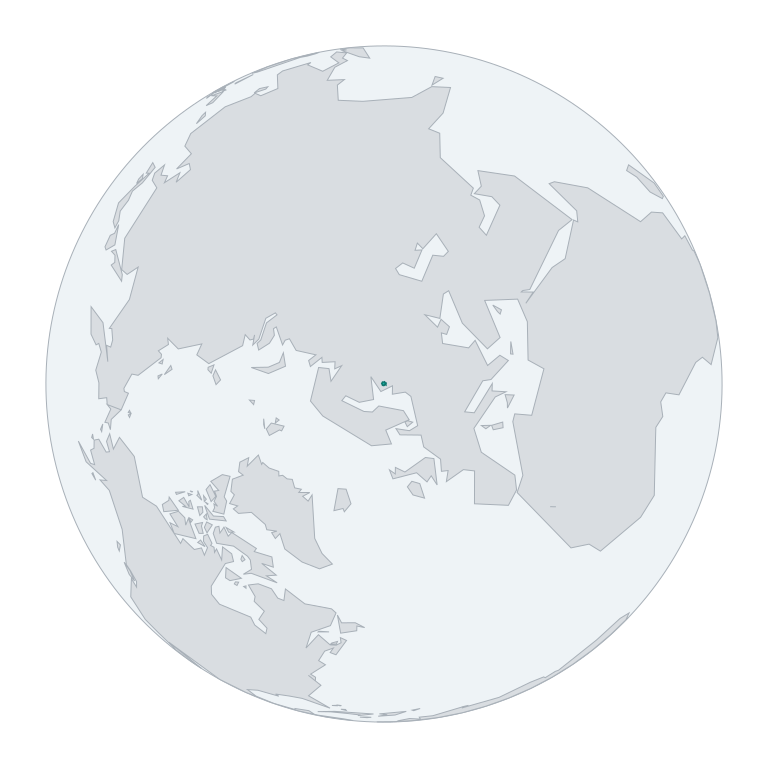 Viljandi on an orthographic globe, rotated 253°
{"feature_id": "EST-2350", "entity_name": "Viljandi", "entity_type": "County", "adm_level": 1, "iso_a3": "EST", "parent_name": "Estonia", "parent_adm1": "", "projection": "orthographic", "projection_center": [25.42, 58.32], "detail": "fine", "context": "on_globe", "style": "filled", "palette": "teal", "viewbox_px": 768, "rotation_deg": 253, "n_neighbors": 0, "source": "natural_earth", "source_scale": "10m", "svg_char_len": 11972}
<svg xmlns="http://www.w3.org/2000/svg" viewBox="0 0 768 768"><g transform="rotate(253 384 384)"><circle cx="384" cy="384" r="338" fill="#eef3f6" stroke="#a8b0b8"/><path d="M149.0,141.1L150.5,139.8L200.1,102.7L165.4,126.3L171.5,121.3L177.1,116.9L193.6,105.1L191.6,106.9L212.4,95.4L228.6,86.9L254.5,79.6L271.7,85.5L262.1,88.0L267.4,89.6L279.8,86.9L286.6,84.8L321.5,91.1L362.6,90.2L375.3,84.4L372.8,90.5L396.7,76.4L418.8,75.0L393.9,80.2L391.5,83.7L406.6,84.1L407.3,87.9L415.1,90.4L414.6,95.1L400.1,98.4L399.5,101.7L410.3,101.9L416.6,107.1L400.9,106.2L410.3,115.4L387.8,124.0L346.3,120.0L333.7,130.7L291.0,142.9L294.9,146.5L281.2,154.2L280.6,161.5L272.8,162.2L279.1,167.4L286.3,165.4L291.4,167.1L291.8,171.4L281.9,172.9L280.3,171.0L277.6,173.7L272.5,172.7L275.2,175.6L263.2,177.3L275.4,182.0L266.2,188.7L258.2,188.2L258.7,179.8L241.2,159.7L233.2,157.6L221.5,162.3L200.0,188.4L191.3,189.9L179.8,198.0L184.7,200.7L195.5,195.5L201.7,203.1L214.1,196.3L218.5,198.6L231.4,195.6L229.7,205.3L221.1,216.5L210.3,219.8L206.2,225.0L216.8,229.8L196.9,244.0L184.3,268.1L179.1,271.2L168.6,262.1L167.9,241.8L154.3,232.2L163.4,248.0L150.3,256.2L148.2,261.8L149.1,267.3L154.2,268.1L149.7,273.2L139.1,258.9L142.9,254.0L146.3,258.4L145.9,249.2L138.6,240.6L132.6,245.9L128.0,229.0L123.6,232.8L120.2,231.6L127.5,226.5L114.3,235.6L107.9,220.7L89.8,237.6L107.3,213.8L113.4,202.0L119.2,189.7L116.2,192.1L128.0,173.9L131.7,164.1L122.9,170.4L110.8,185.2L98.7,203.8L99.7,204.0L93.6,216.6L87.9,221.4L75.5,247.7L71.2,256.1L82.9,230.7L96.6,206.3L112.2,183.2L129.8,161.4L149.0,141.1ZM63.0,278.3L62.2,281.0L57.5,297.0L57.8,299.3L56.6,310.7L52.9,320.8L55.1,320.3L52.5,333.7L52.3,364.3L51.4,364.2L50.7,402.5L56.0,436.8L57.2,451.1L56.0,452.3L59.1,463.8L59.2,467.1L77.1,512.5L90.8,541.2L93.4,551.4L87.9,546.5L89.1,549.0L78.1,527.5L68.6,505.3L60.7,482.4L54.5,459.1L50.0,435.3L47.2,411.3L46.1,387.2L46.7,363.0L49.1,339.0L53.2,315.2L58.9,291.7L59.0,291.4L59.8,288.7L63.0,278.3ZM85.3,241.3L71.5,277.5L74.5,262.1L74.8,263.7L79.3,253.4L86.1,237.1L90.1,224.8L85.3,241.3ZM89.8,245.7L91.8,240.2L90.5,245.0L89.8,245.7ZM289.6,83.4L279.9,86.5L268.5,87.9L276.4,84.7L289.6,83.4ZM311.5,82.7L307.2,84.9L301.7,82.0L305.9,81.6L311.5,82.7ZM384.3,79.7L376.3,80.2L383.8,78.5L384.3,79.7ZM416.2,90.0L418.3,88.8L421.4,90.7L416.2,90.0ZM231.4,190.6L231.3,193.0L229.0,192.3L231.4,190.6ZM237.0,187.1L234.3,184.5L236.6,182.4L238.2,184.1L237.0,187.1ZM423.6,99.7L428.0,103.4L421.0,100.1L423.6,99.7ZM239.9,190.8L241.0,179.2L245.0,175.8L254.6,179.3L239.9,190.8ZM429.0,105.9L439.9,115.4L445.3,113.3L436.1,125.1L429.9,112.8L420.3,109.0L427.3,108.9L429.0,105.9ZM288.4,163.0L280.8,165.3L286.9,159.5L288.4,163.0ZM291.1,158.9L302.4,139.7L313.9,138.8L307.8,145.2L322.4,141.3L322.4,150.2L314.4,154.4L307.0,153.1L312.6,157.6L291.1,158.9ZM429.2,130.4L429.7,133.4L426.4,130.9L429.2,130.4ZM294.0,167.4L295.2,163.5L305.3,162.3L304.6,170.0L301.5,167.9L294.0,167.4ZM326.3,136.1L333.6,136.8L335.6,144.2L338.7,145.5L323.4,150.4L326.3,136.1ZM299.4,170.3L303.9,174.1L299.5,178.6L293.4,171.2L299.4,170.3ZM308.2,158.8L312.9,158.7L310.0,161.3L308.2,158.8ZM286.3,197.3L287.6,192.2L292.9,191.1L286.3,197.3ZM305.9,175.2L307.4,173.7L309.7,172.7L311.7,176.1L305.9,175.2ZM325.9,155.4L325.2,158.4L332.3,153.7L334.1,159.3L323.5,161.7L328.8,163.0L329.4,164.8L320.2,164.8L325.9,155.4ZM320.4,177.0L307.6,182.3L304.1,191.8L299.2,193.0L305.8,177.6L320.4,177.0ZM321.1,169.7L319.6,174.4L314.3,173.3L312.1,169.4L321.1,169.7ZM339.1,162.4L339.1,153.2L341.4,153.0L339.1,162.4ZM320.4,179.9L323.5,178.5L320.8,180.7L320.4,179.9ZM334.5,167.9L334.2,164.6L336.9,164.5L334.5,167.9ZM330.0,178.8L325.8,180.4L324.2,177.8L330.0,178.8ZM332.9,174.0L336.6,174.7L326.1,175.8L332.3,172.5L332.9,174.0ZM337.1,168.4L338.5,167.2L336.8,169.8L337.1,168.4ZM338.6,188.2L325.7,190.3L322.1,184.3L335.1,183.0L338.6,188.2ZM347.2,719.9L330.7,716.8L306.9,702.5L316.5,696.3L313.5,688.4L287.4,662.9L293.1,651.0L286.0,643.4L271.4,641.1L263.1,631.3L254.2,628.3L198.5,609.9L181.5,590.4L160.9,542.1L170.9,533.3L172.6,514.9L241.3,479.6L256.1,490.1L310.4,496.2L317.2,500.3L310.9,516.1L351.8,541.4L364.8,528.8L401.7,539.3L426.1,536.6L434.5,504.7L394.5,508.6L387.4,493.2L419.3,476.7L454.3,473.1L452.7,467.1L430.4,456.6L438.3,443.3L422.7,451.8L429.2,457.5L419.6,463.3L413.1,458.4L416.1,453.8L405.6,451.9L393.8,475.5L399.1,483.9L371.4,488.5L377.6,503.2L370.1,509.8L357.0,487.6L358.2,479.4L333.8,453.0L330.1,461.9L352.8,487.7L345.8,485.3L340.9,498.4L339.1,486.6L315.3,457.0L290.3,457.1L258.6,482.5L243.9,479.8L231.6,467.5L243.0,435.5L274.4,445.2L278.9,434.9L272.4,415.1L282.5,420.0L283.7,413.4L295.6,416.1L312.2,403.6L324.3,404.5L330.7,384.4L337.8,382.4L331.9,394.7L334.3,404.0L364.3,406.1L370.0,402.0L371.8,389.0L379.8,391.6L377.7,378.8L394.9,373.6L372.2,369.5L373.7,355.0L383.9,344.0L380.4,338.8L363.6,356.8L360.6,364.7L364.5,372.6L352.8,394.8L342.5,397.6L339.4,372.2L324.5,373.6L328.6,354.0L371.3,316.1L389.2,308.7L418.9,326.3L414.8,335.9L402.1,334.1L413.9,348.9L412.9,341.3L419.6,343.7L422.7,331.2L427.6,332.4L422.2,318.7L428.5,318.8L431.8,327.4L441.8,309.8L454.9,306.8L454.8,302.3L451.0,298.4L470.1,297.7L469.2,294.5L462.6,293.4L456.5,286.4L453.1,274.1L459.9,274.5L462.1,279.0L476.8,289.5L481.4,301.9L483.8,300.9L481.4,290.2L463.5,277.4L459.6,269.9L468.8,274.6L465.1,272.3L465.3,268.7L471.8,265.7L462.0,260.0L454.7,222.4L466.6,213.5L475.6,221.5L477.7,197.5L491.0,190.5L484.8,189.4L481.7,177.9L477.5,179.9L474.3,178.5L464.2,151.4L467.2,145.8L455.9,134.0L452.7,133.5L449.9,136.9L436.1,125.1L445.3,113.3L452.0,114.8L453.3,106.9L468.4,111.7L481.5,112.4L497.2,123.0L506.2,123.1L505.6,120.1L517.4,118.4L543.6,126.5L524.8,133.2L486.1,126.4L502.1,130.0L499.2,133.4L505.4,137.4L516.6,139.9L517.5,137.6L539.2,165.2L567.7,183.1L563.9,170.4L570.1,166.6L599.2,178.7L638.0,224.1L646.6,221.9L652.7,226.4L657.7,238.2L648.9,231.8L646.4,237.9L640.7,232.9L645.7,250.6L637.7,244.2L645.6,261.6L651.8,262.2L650.3,248.5L660.5,267.1L669.7,263.1L680.0,272.4L695.5,313.1L697.6,340.9L699.7,345.7L695.7,350.4L697.6,368.9L710.8,372.4L713.0,378.6L712.8,408.1L711.5,404.3L701.0,416.8L704.3,434.7L712.4,428.7L715.4,435.8L711.5,445.1L707.8,439.6L704.0,443.6L701.3,429.6L691.0,418.5L686.7,435.1L683.5,426.8L668.7,423.2L660.5,446.4L649.9,494.4L654.4,516.6L648.1,534.3L625.8,519.7L615.0,501.3L607.5,510.6L584.0,504.0L545.2,526.7L539.2,522.2L532.0,529.3L515.4,529.3L506.1,520.8L496.3,525.4L521.1,547.1L531.6,541.9L539.6,526.0L544.7,534.9L560.6,536.2L544.7,569.7L486.2,611.9L479.8,595.8L431.7,551.0L432.8,544.2L432.6,543.5L431.9,542.2L428.3,553.6L419.7,543.2L446.2,578.8L450.9,593.9L485.4,613.2L482.4,616.7L493.3,618.9L527.3,600.5L527.6,606.1L512.0,636.2L464.2,676.8L470.2,690.0L466.2,700.5L435.7,711.1L437.8,715.0L421.9,718.1L420.5,719.4L407.4,721.1L403.8,721.3L375.5,721.8L347.2,719.9ZM218.1,507.0L216.3,512.5L218.1,507.0ZM492.0,484.3L512.4,478.0L502.0,460.7L509.0,457.1L502.8,452.8L501.1,459.5L485.9,446.8L494.3,437.3L491.1,428.8L484.1,430.6L471.2,450.2L492.9,468.3L488.7,478.3L492.0,484.3ZM52.4,365.2L52.0,370.8L51.7,365.9L52.4,365.2ZM72.5,263.5L70.7,269.8L69.0,274.4L69.9,270.2L72.5,263.5ZM63.9,315.6L63.1,323.7L62.9,316.9L63.9,315.6ZM69.9,283.1L64.4,309.6L64.2,297.8L68.0,281.3L66.8,290.4L69.9,283.1ZM85.6,247.7L84.0,252.1L82.8,252.5L85.6,247.7ZM88.9,249.3L89.1,247.9L91.0,244.8L88.9,249.3ZM150.9,257.0L151.6,258.3L151.4,264.3L149.2,262.4L150.9,257.0ZM164.1,286.7L156.7,294.3L160.5,287.3L156.0,285.8L158.4,269.7L176.7,271.9L168.0,273.6L164.1,286.7ZM166.6,249.5L163.0,259.0L166.2,248.5L166.6,249.5ZM278.8,376.3L282.8,382.2L278.3,389.1L263.0,389.4L269.4,379.3L278.8,376.3ZM289.6,389.2L290.7,364.8L300.3,364.1L294.7,368.5L300.9,370.5L293.7,378.3L301.6,402.1L298.1,409.9L271.9,405.3L282.4,402.3L277.8,396.5L289.6,389.2ZM276.9,308.4L277.5,299.1L297.4,309.4L294.5,317.0L279.1,317.4L273.4,308.7L276.9,308.4ZM256.6,199.7L255.6,196.5L258.3,195.9L261.4,198.2L256.6,199.7ZM286.5,195.0L264.0,213.9L261.7,210.9L251.4,226.2L241.2,224.6L248.2,214.6L232.7,225.1L234.9,215.5L225.1,223.7L241.8,201.7L243.2,193.9L245.5,203.1L254.8,204.7L259.3,203.1L272.9,192.8L280.6,177.4L291.0,177.0L296.4,180.9L296.2,184.5L289.4,183.5L293.9,189.1L284.0,190.5L286.5,195.0ZM353.1,233.1L345.4,229.2L352.8,243.1L342.9,243.5L344.4,245.1L337.3,249.5L331.2,257.8L326.8,256.6L326.3,260.4L321.6,263.6L319.6,268.4L310.8,268.2L307.5,274.2L305.2,270.8L301.9,281.3L300.4,273.4L294.2,277.2L299.0,282.8L256.6,272.6L240.0,275.2L226.9,282.0L226.1,268.3L237.7,253.6L255.2,240.9L271.3,240.7L268.0,234.9L274.7,233.1L274.6,238.5L278.9,229.3L284.4,229.4L300.0,219.7L302.8,207.0L308.6,203.4L310.2,208.4L314.8,201.4L321.8,208.5L326.1,206.2L337.3,211.2L338.0,222.7L342.7,219.3L351.4,223.3L353.1,233.1ZM341.5,189.9L344.6,202.9L340.7,209.8L322.8,198.2L318.0,199.3L306.4,192.8L312.3,183.1L315.1,185.8L319.1,186.3L315.7,189.1L321.5,187.2L325.5,191.0L331.1,190.6L330.5,194.8L341.5,189.9ZM324.9,495.0L330.1,496.5L338.4,496.7L335.4,505.2L324.9,495.0ZM308.3,475.1L313.0,474.8L312.9,486.4L307.4,485.1L308.3,475.1ZM315.8,465.0L313.3,473.9L311.4,468.3L315.8,465.0ZM336.4,393.8L341.5,392.9L341.9,396.0L339.1,400.3L336.4,393.8ZM372.9,276.1L369.1,272.4L370.6,270.6L368.3,259.3L375.4,258.3L379.6,264.8L372.9,276.1ZM427.7,511.1L420.6,518.0L416.9,515.5L420.1,513.7L427.7,511.1ZM375.8,513.8L387.6,517.7L374.8,516.1L375.8,513.8ZM380.2,273.2L378.5,268.6L383.1,271.0L380.2,273.2ZM380.5,257.1L386.0,258.8L376.0,256.9L380.5,257.1ZM522.1,682.0L497.2,701.1L481.8,706.0L479.9,704.4L489.8,694.6L508.0,686.2L517.2,678.4L522.1,682.0ZM715.4,449.8L711.5,462.3L699.8,465.6L704.2,456.0L715.0,441.4L714.5,445.9L717.0,439.9L715.4,449.8ZM720.2,417.9L720.1,419.1L719.8,415.1L720.0,406.6L720.8,399.6L719.3,354.1L719.7,348.5L721.2,364.5L721.3,363.7L721.9,390.8L720.2,417.9ZM655.8,517.3L663.1,522.8L659.1,529.9L655.8,517.3ZM715.3,330.4L718.2,349.5L714.4,328.9L715.3,330.4ZM711.0,314.7L712.6,317.9L711.4,318.8L711.0,314.7ZM702.9,351.3L702.2,359.8L700.6,357.2L700.3,344.9L702.9,351.3ZM687.8,280.7L694.0,288.7L696.0,292.8L692.7,291.5L687.8,280.7ZM438.6,261.9L433.9,278.3L435.2,290.3L443.3,296.9L429.8,295.0L427.8,276.5L438.6,261.9ZM452.0,227.0L444.8,221.9L449.1,219.8L451.4,220.7L452.0,227.0ZM446.8,227.0L435.7,228.9L432.5,223.2L441.8,222.8L446.8,227.0ZM408.0,250.6L406.1,255.4L402.4,253.3L408.0,250.6ZM715.3,317.5L715.4,319.2L717.1,329.5L712.0,304.7L713.0,306.8L714.0,311.3L715.3,317.5ZM712.8,310.2L714.6,319.7L711.7,307.0L712.8,310.2ZM714.1,319.4L712.6,315.8L712.1,310.6L714.1,319.4ZM712.2,306.6L709.0,297.7L710.2,299.2L712.2,306.6ZM708.4,308.3L710.1,303.2L710.7,316.1L703.1,302.5L702.2,295.3L708.4,308.3ZM655.0,215.0L651.0,213.0L648.1,206.0L651.7,209.3L655.0,215.0ZM634.8,183.1L646.0,203.6L654.2,221.0L655.2,218.3L663.3,227.6L658.1,228.5L647.0,211.8L642.0,199.8L634.4,193.3L626.5,182.3L617.7,178.1L612.0,172.3L618.5,172.5L634.8,183.1ZM614.0,176.9L595.7,167.3L593.4,157.4L596.8,157.3L606.2,165.7L606.9,170.4L614.0,176.9ZM590.6,162.2L591.0,166.8L565.1,165.7L559.0,163.1L577.5,157.9L579.0,162.1L585.8,164.4L590.6,162.2ZM433.2,132.9L430.0,133.3L431.6,131.1L433.2,132.9ZM472.0,179.9L468.0,177.7L470.0,174.9L472.0,179.9ZM457.8,170.2L458.4,174.9L455.0,169.7L457.8,170.2ZM460.0,185.6L457.2,176.7L464.0,185.5L460.0,185.6Z" fill="#d9dde1" stroke="#a8b0b8" stroke-width="1"/><path d="M383.7,385.7L383.5,385.4L383.5,385.5L383.6,385.8L383.4,386.0L383.3,385.9L383.3,385.7L383.2,385.5L382.9,385.5L382.8,385.4L382.7,385.4L382.8,385.3L382.8,385.2L383.0,385.1L383.0,384.9L383.1,384.7L383.3,384.7L383.4,384.4L383.5,384.3L383.4,384.2L383.2,384.1L382.8,383.9L382.7,384.0L382.6,383.9L382.6,383.7L382.6,383.4L382.7,383.2L382.8,382.8L383.0,382.7L383.3,382.5L383.4,382.4L383.4,382.2L383.5,382.2L383.8,382.3L384.1,382.3L384.2,382.2L384.3,382.2L384.6,382.0L385.0,381.9L385.1,382.0L385.0,382.3L385.3,382.3L385.5,382.4L385.6,382.5L385.8,382.6L386.0,382.8L386.2,383.0L386.3,383.4L386.1,383.7L386.0,383.9L385.9,384.1L385.9,384.6L386.0,385.1L385.7,385.2L385.4,385.0L385.2,385.2L385.3,385.2L385.3,385.3L385.2,385.3L384.9,385.5L384.7,385.6L384.6,385.8L384.5,386.0L384.4,386.2L384.2,386.1L384.0,385.8L383.9,385.7L383.7,385.7Z" fill="#14b8a6" stroke="#0f766e" stroke-width="1.5"/></g></svg>